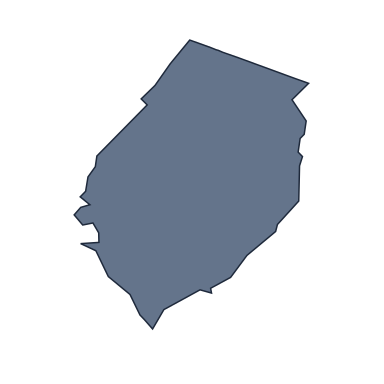 Bradley, Tennessee, United States of America (orthographic projection), rotated 200°
{"feature_id": "52423323B55415638355986", "entity_name": "Bradley", "entity_type": "district", "adm_level": 2, "iso_a3": "USA", "parent_name": "United States of America", "parent_adm1": "Tennessee", "projection": "orthographic", "projection_center": [-84.846, 35.173], "detail": "fine", "context": "isolated", "style": "filled", "palette": "slate", "viewbox_px": 384, "rotation_deg": 200, "n_neighbors": 0, "source": "geoboundaries", "source_scale": "gbopen_adm2", "svg_char_len": 822}
<svg xmlns="http://www.w3.org/2000/svg" viewBox="0 0 384 384"><g transform="rotate(200 192 192)"><path d="M224.3,334.1L225.2,334.2L225.8,334.1L246.1,334.0L256.3,305.1L263.2,279.5L271.6,262.1L263.9,258.5L293.7,193.3L291.5,182.7L294.9,170.6L292.2,156.3L295.4,149.2L283.6,145.1L291.3,139.5L294.9,130.2L283.4,123.6L274.5,129.0L265.7,121.7L262.2,112.8L279.0,105.4L262.2,103.9L241.7,83.9L215.2,74.5L198.8,58.6L193.1,55.8L182.2,49.8L178.2,71.9L151.0,102.8L139.1,103.7L141.6,107.9L126.5,125.0L118.7,151.2L99.9,183.5L100.6,190.7L88.6,220.0L99.9,253.4L100.3,263.1L105.9,265.8L108.7,279.3L106.3,284.6L109.0,297.8L129.6,312.9L119.6,334.0L133.0,333.9L140.1,333.9L143.3,333.9L192.4,334.0L194.4,334.0L210.9,333.8L215.8,334.1L218.1,333.9L220.1,334.0L224.2,334.1L224.3,334.1Z" fill="#64748b" stroke="#1e293b" stroke-width="1.5"/></g></svg>